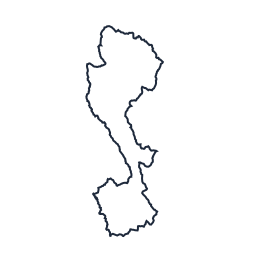 Chachapoyas, Amazonas, Peru (Robinson projection), rotated 346°
{"feature_id": "86281439B12993203122991", "entity_name": "Chachapoyas", "entity_type": "district", "adm_level": 2, "iso_a3": "PER", "parent_name": "Peru", "parent_adm1": "Amazonas", "projection": "robinson", "projection_center": [-77.817, -6.465], "detail": "fine", "context": "isolated", "style": "outline", "palette": "slate", "viewbox_px": 256, "rotation_deg": 346, "n_neighbors": 0, "source": "geoboundaries", "source_scale": "gbopen_adm2", "svg_char_len": 5868}
<svg xmlns="http://www.w3.org/2000/svg" viewBox="0 0 256 256"><g transform="rotate(346 128 128)"><path d="M127.0,227.3L129.4,225.6L130.6,224.0L130.3,221.8L130.4,221.5L131.3,220.6L131.4,220.1L132.6,219.4L134.6,218.7L134.9,217.5L136.1,216.1L134.7,214.7L134.4,213.9L133.6,213.6L133.3,213.1L131.5,209.2L131.9,207.9L130.9,207.2L130.7,206.0L130.2,205.3L130.4,203.8L130.1,202.6L129.0,201.0L128.4,199.0L126.6,196.1L126.0,194.5L127.0,193.2L130.8,192.4L131.5,191.9L131.8,191.3L131.2,190.2L130.9,186.7L130.3,186.0L129.4,185.3L128.9,183.6L129.4,180.4L130.5,176.9L129.7,176.0L129.8,174.6L129.5,173.5L130.2,171.9L130.0,170.4L129.3,168.6L129.8,166.8L130.6,165.4L130.3,164.3L130.5,164.1L131.6,164.4L132.8,165.6L134.6,166.6L135.4,168.9L137.0,170.1L138.5,170.5L139.4,170.2L141.0,169.5L141.6,169.0L142.1,168.0L143.9,166.8L144.4,164.7L144.4,163.4L144.3,163.1L145.4,162.0L145.3,161.6L148.6,158.1L149.4,157.5L150.2,157.4L149.5,156.7L148.6,156.5L147.6,155.9L145.1,155.6L144.0,153.6L143.9,151.9L143.2,150.6L142.3,151.0L141.5,150.7L140.4,150.7L138.9,152.1L138.1,152.0L137.2,151.3L136.3,151.2L135.8,150.4L135.7,149.2L135.8,147.9L136.2,146.9L134.2,146.7L132.8,145.3L132.9,144.6L132.4,142.8L132.9,141.8L132.2,140.5L132.4,138.1L131.9,135.4L132.3,133.8L131.9,131.5L131.2,130.0L131.2,128.7L130.5,128.0L131.5,127.3L131.7,125.7L130.7,124.7L129.3,122.4L129.8,119.3L128.8,116.5L128.2,115.9L128.3,115.5L129.6,112.1L131.9,110.3L132.1,109.5L134.6,107.7L136.6,107.5L135.6,105.9L135.5,104.9L135.9,103.5L136.3,103.0L137.4,102.4L138.3,102.2L138.7,102.5L141.0,102.6L141.6,103.2L142.6,103.2L143.8,101.7L144.5,101.6L145.8,100.7L146.4,99.9L147.9,99.2L148.0,98.5L149.8,98.0L150.6,96.5L150.8,93.2L151.3,92.0L151.8,91.5L153.8,93.2L154.8,93.5L156.8,96.2L157.3,95.9L158.1,96.0L160.5,97.2L161.2,96.4L162.8,95.8L165.3,92.8L166.1,91.2L166.6,88.5L167.2,88.1L167.5,87.1L167.5,86.4L167.1,85.4L167.2,84.5L168.1,83.5L168.5,82.3L169.1,81.8L169.7,80.4L170.2,79.9L170.8,79.8L171.2,78.9L172.1,78.6L172.7,78.0L174.4,75.8L175.4,73.8L177.0,73.3L177.8,72.4L175.9,69.4L174.7,68.8L174.7,67.6L174.5,67.2L173.2,67.2L172.4,66.3L173.2,63.8L172.8,62.1L171.4,59.7L170.7,59.3L170.8,57.6L171.5,57.2L171.0,55.0L171.3,53.9L171.2,53.5L170.6,52.9L168.7,52.7L168.4,51.7L167.7,51.0L166.5,48.3L165.7,48.3L165.1,47.5L165.0,46.2L162.8,45.8L162.2,44.9L162.2,43.6L161.0,41.5L160.5,41.3L159.4,42.5L158.7,42.1L158.0,42.2L157.3,43.1L156.6,42.9L155.5,42.3L155.2,41.9L155.2,41.2L156.0,37.6L155.8,37.1L155.3,36.6L153.6,36.4L152.2,35.9L151.0,36.7L149.5,35.9L148.0,35.9L147.3,35.5L146.3,34.2L144.3,33.4L143.9,32.4L142.8,31.8L142.3,30.6L140.1,31.6L139.5,31.6L138.0,28.3L137.4,27.7L136.7,26.4L134.4,24.6L132.2,24.3L131.7,24.7L130.7,24.9L129.5,24.8L128.9,26.0L127.8,26.9L127.0,27.2L125.1,29.1L124.3,30.6L124.8,32.2L124.7,33.4L124.0,33.6L123.3,34.8L121.5,40.2L121.9,41.3L120.4,40.8L118.8,42.0L119.2,42.6L118.9,43.6L119.0,45.3L118.5,46.3L118.9,48.1L118.6,48.9L118.8,50.2L118.5,51.8L118.9,52.5L119.0,53.8L119.7,54.5L120.5,56.1L120.6,57.1L121.8,59.2L121.7,60.1L121.2,60.6L118.5,61.2L117.7,60.9L117.6,61.2L116.5,61.3L116.1,61.6L114.8,61.2L114.4,61.4L112.6,61.3L112.1,60.9L110.5,60.4L109.4,59.7L108.9,58.7L106.5,56.1L105.5,56.0L104.8,56.4L103.9,56.2L103.2,57.8L103.0,59.7L103.1,61.2L102.8,63.1L101.6,64.8L101.7,65.8L101.4,66.9L101.7,68.0L101.8,69.3L100.8,70.1L100.8,71.0L100.5,71.6L101.4,73.4L101.3,74.5L102.0,75.2L102.1,76.0L101.9,76.3L101.9,77.0L101.3,77.5L101.1,78.5L100.7,78.7L100.6,79.3L99.7,79.9L99.5,82.1L99.2,82.7L98.7,82.9L98.4,84.4L97.8,85.0L96.7,85.2L96.4,85.4L95.7,87.0L95.3,87.2L95.0,89.0L95.3,91.4L95.1,92.0L96.0,92.4L96.0,93.0L96.3,93.4L96.2,94.0L96.4,94.5L96.3,96.4L95.7,96.8L96.0,97.5L96.0,98.7L96.9,99.4L96.9,100.3L97.6,101.1L97.5,101.5L96.7,102.4L97.0,102.8L97.3,104.3L97.7,104.8L97.8,106.6L98.2,106.7L98.8,107.8L99.0,108.9L100.3,108.4L101.3,108.7L101.7,110.8L101.4,111.2L101.5,111.7L103.0,114.1L104.2,115.3L104.4,116.5L105.2,116.9L106.3,116.6L106.8,117.3L106.8,118.2L107.2,118.7L106.8,119.8L106.4,120.1L106.4,120.7L106.9,121.5L107.0,122.2L108.9,124.2L109.2,125.1L109.2,126.3L109.5,127.9L109.2,129.2L108.7,129.8L108.7,130.5L109.3,131.3L109.5,132.9L110.6,134.5L110.6,135.8L110.8,136.7L112.2,138.5L113.1,140.3L114.1,141.2L114.4,142.9L115.1,144.1L114.8,146.1L115.0,146.7L114.6,147.2L114.6,148.5L116.8,153.6L116.7,154.1L117.9,157.5L117.6,158.1L117.8,158.8L117.4,159.4L117.7,160.2L117.4,161.6L118.1,162.1L119.1,163.6L119.4,164.4L119.3,165.2L119.5,165.8L120.2,166.1L120.2,167.4L119.8,168.1L120.3,170.8L120.0,171.9L120.2,172.9L120.0,174.6L119.4,175.6L119.4,176.1L117.9,176.1L116.3,177.3L115.8,177.9L115.4,179.5L115.1,180.0L114.6,180.2L114.4,180.9L113.8,181.3L112.0,180.4L110.0,180.2L108.9,180.5L108.3,180.4L106.5,181.0L104.9,181.0L103.6,181.5L103.0,181.0L103.0,179.3L101.5,177.6L101.0,175.0L99.6,173.9L99.0,172.8L96.6,173.2L96.1,172.7L95.5,173.5L95.0,175.3L92.7,176.3L91.9,177.5L90.9,177.2L89.7,178.2L88.5,178.1L87.5,178.6L84.7,178.9L84.6,180.6L83.3,183.3L80.0,183.8L78.9,183.7L78.6,183.3L78.2,183.6L78.9,185.6L79.7,186.4L79.3,187.1L79.5,187.9L79.9,188.5L80.7,188.1L80.9,188.4L80.9,189.0L80.4,189.2L80.2,189.6L81.1,190.2L80.7,191.4L81.2,193.2L80.7,194.0L81.8,196.2L81.2,198.2L81.5,198.6L82.0,198.6L82.4,198.9L81.9,200.3L82.1,201.0L81.0,201.8L80.7,202.2L80.6,202.8L79.6,203.4L79.5,204.1L80.1,204.7L82.9,205.3L84.6,207.6L84.5,208.7L83.6,209.9L84.6,210.8L83.8,212.6L83.9,213.2L84.7,213.8L84.8,216.9L84.1,217.3L83.8,218.7L82.4,220.7L82.8,221.7L84.1,221.8L84.7,222.4L84.7,223.9L85.3,224.8L85.0,226.6L84.6,227.3L84.7,228.4L85.0,228.4L85.1,227.8L86.0,227.3L87.7,227.0L91.5,229.7L94.0,229.1L95.4,229.6L96.3,230.3L96.8,231.4L97.4,231.7L99.7,230.4L102.6,230.4L103.1,229.5L104.6,228.7L105.8,226.9L106.5,227.1L107.3,227.7L108.5,228.0L110.1,228.9L112.5,229.7L113.1,228.7L113.9,225.8L115.1,225.8L116.1,226.4L117.9,226.5L119.5,227.6L121.0,225.8L122.0,225.3L122.3,224.2L123.5,222.7L124.8,224.5L125.8,226.8L127.0,227.3Z" fill="none" stroke="#1e293b" stroke-width="2"/></g></svg>